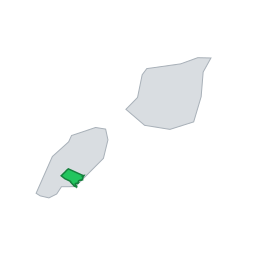 location of Anoamaa West, Atua, Samoa, rotated 114°
{"feature_id": "51752279B84005486161321", "entity_name": "Anoamaa West", "entity_type": "district", "adm_level": 2, "iso_a3": "WSM", "parent_name": "Samoa", "parent_adm1": "Atua", "projection": "equal_earth", "projection_center": [-171.642, -13.913], "detail": "fine", "context": "in_parent", "style": "filled", "palette": "green", "viewbox_px": 256, "rotation_deg": 114, "n_neighbors": 0, "source": "geoboundaries", "source_scale": "gbopen_adm2", "svg_char_len": 2233}
<svg xmlns="http://www.w3.org/2000/svg" viewBox="0 0 256 256"><g transform="rotate(114 128 128)"><path d="M95.7,70.5L112.2,89.1L118.8,113.9L111.8,137.5L96.2,131.7L73.6,136.7L66.1,135.0L48.0,106.0L35.4,92.9L30.3,80.7L46.3,82.1L69.7,73.9L95.7,70.5ZM225.0,185.4L184.8,185.5L164.8,176.6L157.8,176.5L140.7,157.8L138.1,148.0L147.0,141.5L165.7,138.1L203.0,152.3L208.7,164.9L217.3,166.3L224.0,171.8L225.7,180.6L225.0,185.4Z" fill="#d9dde1" stroke="#a8b0b8" stroke-width="1"/><path d="M189.6,165.9L191.6,166.9L193.5,167.5L195.2,168.2L196.2,168.6L196.7,168.8L197.3,169.0L198.8,169.6L200.0,165.0L200.0,163.1L200.1,160.1L200.1,159.8L200.1,159.3L200.1,159.0L200.2,158.7L200.5,158.8L200.8,158.4L201.1,157.7L202.0,155.6L202.0,155.4L202.1,155.0L202.2,154.9L202.3,154.6L202.5,154.5L202.6,154.2L202.7,153.9L202.9,153.5L202.9,153.2L202.9,152.9L202.9,152.1L202.9,151.8L202.9,151.6L202.8,151.4L202.8,151.2L202.7,151.0L202.6,150.9L202.5,151.0L202.4,151.0L202.3,151.3L202.3,151.5L202.2,151.5L202.3,151.7L202.5,151.6L202.4,151.8L202.2,152.0L202.2,151.9L202.1,151.7L202.0,151.9L201.9,152.0L201.7,152.1L201.5,152.4L201.4,152.5L201.2,152.6L201.1,152.8L201.0,153.0L200.9,153.1L200.8,153.3L200.7,153.3L200.5,153.5L200.4,153.5L200.2,153.5L200.1,153.4L199.9,153.2L199.7,153.0L199.7,152.9L199.6,152.6L199.6,152.4L199.4,152.3L199.3,152.1L199.2,152.1L199.3,152.2L199.3,152.3L199.2,152.2L199.1,151.9L199.2,151.7L199.0,151.4L198.9,151.3L198.8,151.2L198.7,151.1L198.4,151.1L198.2,151.1L197.9,151.1L197.7,150.9L197.4,151.2L197.3,151.3L197.3,151.5L197.2,151.5L196.8,151.7L196.6,151.7L196.4,151.7L196.0,151.3L195.9,151.2L195.7,151.1L195.6,150.9L195.4,150.8L195.3,150.7L195.2,150.6L195.1,150.2L194.9,150.0L194.8,149.9L194.7,149.9L194.4,149.8L194.3,149.7L194.2,149.6L194.1,149.3L194.0,149.2L193.9,149.0L193.9,148.9L193.9,148.7L194.0,148.7L193.9,148.6L193.8,148.9L193.8,149.0L193.6,149.0L193.4,148.9L193.2,148.9L192.9,148.9L192.7,148.9L192.4,149.0L192.2,149.0L191.9,149.0L191.7,148.9L191.6,149.0L191.4,149.1L191.2,149.2L191.1,149.4L190.9,149.4L190.9,149.5L190.8,149.4L190.7,149.3L190.5,149.2L190.3,149.2L190.2,149.2L189.9,149.0L189.7,149.0L189.5,148.8L189.4,148.8L189.5,148.9L189.7,150.9L189.7,152.7L189.6,165.9Z" fill="#22c55e" stroke="#15803d" stroke-width="1.5"/></g></svg>